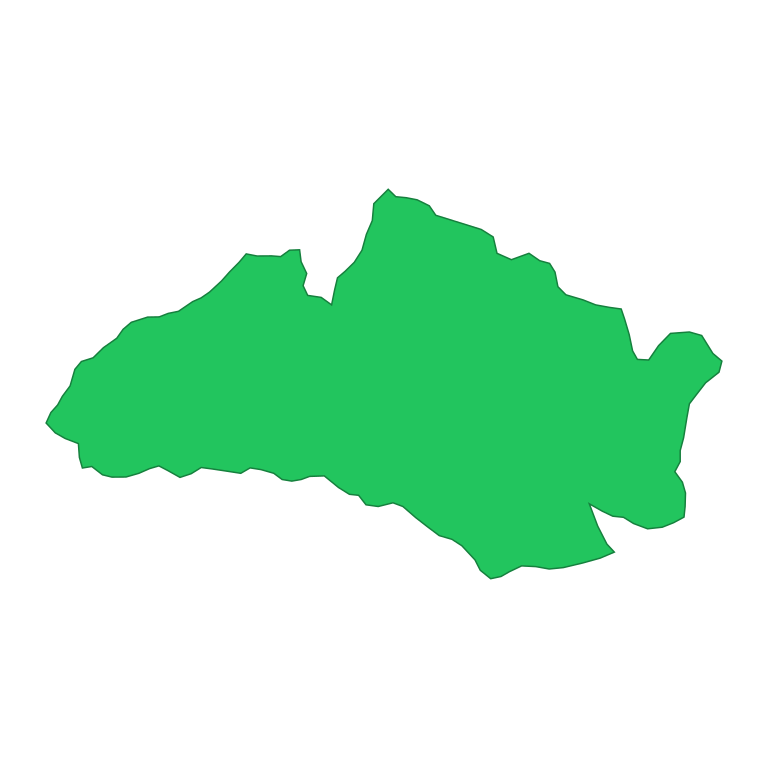 the district of Álvaro de Carvalho, São Paulo, Brazil
{"feature_id": "56859067B50626918359022", "entity_name": "Álvaro de Carvalho", "entity_type": "district", "adm_level": 2, "iso_a3": "BRA", "parent_name": "Brazil", "parent_adm1": "São Paulo", "projection": "orthographic", "projection_center": [-49.738, -22.084], "detail": "fine", "context": "isolated", "style": "filled", "palette": "green", "viewbox_px": 768, "rotation_deg": 0, "n_neighbors": 0, "source": "geoboundaries", "source_scale": "gbopen_adm2", "svg_char_len": 1894}
<svg xmlns="http://www.w3.org/2000/svg" viewBox="0 0 768 768"><path d="M529.0,253.3L511.4,259.7L497.0,253.3L493.2,237.0L481.3,229.5L435.8,215.3L429.3,205.8L417.1,199.8L406.2,197.7L395.8,196.7L388.2,189.3L373.8,203.7L372.3,220.6L366.4,234.3L362.0,250.2L354.3,262.3L345.0,271.4L337.5,277.8L334.6,290.0L331.6,304.9L321.2,297.4L307.7,295.4L303.1,285.7L306.7,273.5L301.1,261.7L299.6,249.8L289.5,250.2L280.7,256.6L271.7,255.9L257.0,256.0L246.2,253.9L239.0,262.4L229.6,271.9L221.6,280.9L209.5,292.1L201.1,297.9L192.7,301.6L178.5,311.3L168.2,313.4L159.2,316.9L147.6,317.1L131.3,322.3L123.1,329.3L116.8,338.2L103.4,347.7L93.1,357.8L81.4,361.5L74.9,369.3L70.1,385.9L62.3,396.4L57.7,404.9L50.9,412.5L46.1,423.0L55.3,432.9L65.2,438.5L78.4,443.6L79.4,457.5L82.4,468.0L91.8,466.5L102.5,474.8L111.9,477.1L126.0,477.0L138.9,473.3L149.6,468.6L158.9,465.9L167.9,470.6L180.0,477.4L191.2,473.7L201.2,467.5L212.5,469.0L223.2,470.6L240.8,473.3L250.1,467.9L261.0,469.6L273.8,473.3L282.1,479.5L291.8,481.1L301.2,479.5L309.6,476.4L324.3,475.9L338.5,487.5L349.4,494.3L358.6,495.3L366.0,504.8L378.2,506.5L393.0,502.8L402.9,506.5L415.7,517.6L427.4,526.7L439.2,535.6L451.9,539.3L461.8,545.7L475.0,559.9L480.3,570.3L490.7,578.7L501.0,576.5L509.4,571.7L521.6,565.9L535.8,566.6L549.2,569.0L563.3,567.6L583.0,562.9L600.2,558.1L614.3,552.1L606.9,544.1L597.7,526.1L589.3,503.8L602.5,511.3L612.8,516.2L623.5,517.3L633.5,523.5L647.6,528.8L662.3,527.2L673.6,522.7L684.0,517.1L685.1,506.6L685.5,493.0L682.4,482.2L674.8,471.7L680.2,461.6L680.2,450.6L683.6,437.8L686.9,417.6L689.4,403.8L695.9,395.3L705.6,382.8L719.0,372.2L721.9,361.1L712.9,353.5L701.7,335.5L689.4,332.0L670.5,333.4L658.6,345.6L648.7,360.0L637.4,359.4L632.6,350.9L629.2,334.6L624.6,319.1L621.2,309.0L609.5,307.4L595.7,304.9L583.1,299.9L565.9,294.8L557.9,286.7L555.0,272.1L549.6,263.4L539.7,260.7L529.0,253.3Z" fill="#22c55e" stroke="#15803d" stroke-width="1.5"/></svg>